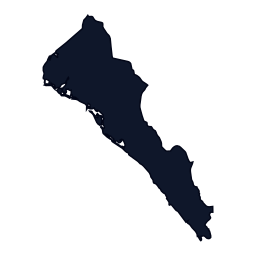 the border of Sinaloa
{"feature_id": "MEX-2711", "entity_name": "Sinaloa", "entity_type": "State", "adm_level": 1, "iso_a3": "MEX", "parent_name": "Mexico", "parent_adm1": "", "projection": "robinson", "projection_center": [-107.612, 24.763], "detail": "fine", "context": "isolated", "style": "filled", "palette": "ink", "viewbox_px": 256, "rotation_deg": 0, "n_neighbors": 0, "source": "natural_earth", "source_scale": "10m", "svg_char_len": 5704}
<svg xmlns="http://www.w3.org/2000/svg" viewBox="0 0 256 256"><path d="M198.8,237.7L199.2,237.5L198.5,236.1L198.1,235.9L197.7,236.5L197.4,236.5L197.0,233.8L195.6,231.4L192.2,227.8L190.3,225.2L189.6,224.4L187.9,223.3L187.1,222.4L187.0,222.1L187.9,220.8L186.8,221.2L185.9,222.1L177.9,211.3L176.3,210.5L175.5,209.7L171.6,204.9L170.9,204.4L169.6,205.1L169.1,204.8L169.1,202.6L168.9,201.9L167.4,199.5L166.7,198.8L166.6,198.5L167.1,198.1L167.1,197.8L165.2,194.0L164.7,193.4L163.9,193.2L163.1,192.6L161.4,191.0L160.2,188.7L159.2,188.1L157.6,185.7L156.4,184.3L155.6,183.7L153.8,183.0L153.4,182.1L153.0,179.8L151.0,177.1L150.5,175.0L149.3,172.6L143.6,166.1L141.6,164.4L140.2,163.7L138.0,161.4L129.3,155.1L128.8,154.6L128.7,153.4L128.2,152.9L126.5,152.1L125.0,150.9L122.4,148.3L112.7,141.9L111.9,141.1L111.6,140.2L111.8,139.7L112.0,139.7L112.8,140.4L112.9,141.3L116.6,143.4L122.4,147.4L124.3,148.4L121.9,146.7L122.1,146.3L122.9,146.6L124.3,147.7L124.5,147.1L123.9,147.1L125.1,145.7L125.1,144.7L124.9,144.1L123.4,140.3L122.9,139.7L121.5,139.3L120.3,139.8L119.9,140.4L120.5,140.5L121.6,140.1L121.9,140.4L121.8,140.8L120.2,142.4L119.0,142.8L118.2,142.3L117.6,141.3L116.8,140.7L115.6,141.4L115.0,141.2L113.9,140.0L113.6,138.7L112.5,138.1L110.8,136.2L110.2,136.0L109.6,136.4L107.9,134.8L106.9,134.3L105.9,134.1L106.1,134.6L108.3,136.9L110.8,138.6L111.3,139.4L110.2,139.1L107.1,137.0L103.4,133.6L103.0,132.9L102.5,129.6L101.6,128.0L101.0,127.6L100.7,126.9L100.9,126.7L101.7,126.9L103.5,128.3L104.1,128.3L104.4,127.2L104.2,126.4L103.8,125.5L102.7,124.4L103.2,123.9L103.1,120.6L103.9,118.7L103.4,118.0L101.7,116.5L101.2,116.4L101.2,117.3L101.9,120.5L101.5,124.3L101.4,124.9L101.2,125.1L100.7,125.0L100.0,124.4L99.6,125.1L98.0,124.0L96.7,122.2L93.5,115.1L92.5,113.7L91.0,112.4L89.8,111.6L89.5,111.1L91.4,111.3L92.1,111.8L92.4,112.6L95.0,115.8L95.6,117.4L96.4,117.1L97.4,117.7L97.8,117.6L97.9,116.2L97.7,115.5L96.8,115.7L96.4,115.4L96.9,114.2L97.5,113.6L98.8,115.2L99.5,115.5L101.3,115.8L102.7,116.4L103.1,116.0L103.1,114.9L98.8,110.8L98.3,110.5L97.6,110.4L97.9,110.8L97.9,111.1L97.0,111.4L96.0,110.9L95.3,110.1L94.1,108.0L93.6,108.1L92.7,108.7L92.1,108.4L91.6,108.8L90.5,108.8L89.3,108.6L88.6,108.2L88.4,106.4L90.1,107.4L90.0,105.4L89.9,104.7L89.5,104.2L88.2,103.4L87.1,108.6L86.6,109.4L86.7,106.0L86.3,105.1L85.1,103.8L80.1,101.5L77.6,99.8L75.9,99.3L72.7,99.0L73.7,98.3L75.4,98.4L78.4,99.4L77.4,98.9L75.8,97.4L74.6,97.1L72.3,97.8L71.3,97.9L70.7,97.1L72.4,97.1L72.8,96.7L72.1,95.5L72.1,94.8L71.7,94.7L70.7,95.4L71.2,93.2L71.2,90.2L70.1,90.4L68.7,89.7L68.5,89.1L68.3,89.0L67.4,89.4L66.1,89.1L65.8,89.2L65.8,90.0L66.4,91.2L66.3,92.3L65.7,93.2L65.0,93.7L64.4,93.8L63.9,93.4L63.5,92.7L64.0,92.7L64.1,92.4L63.5,91.9L61.4,92.1L60.8,92.5L60.7,93.0L61.2,93.7L60.0,93.8L58.7,92.9L56.7,90.4L57.8,89.7L58.6,88.2L59.1,88.0L60.5,88.6L61.3,88.3L61.6,88.8L61.8,89.7L62.3,90.0L62.7,89.0L62.7,88.0L63.2,87.7L65.4,85.4L65.8,84.7L65.9,83.7L66.4,83.5L66.5,83.1L66.4,81.6L66.8,80.6L68.5,79.1L68.7,78.0L68.3,77.3L67.8,77.9L65.7,82.4L65.0,83.0L62.0,84.2L61.1,84.9L59.8,87.0L58.9,87.7L57.8,87.4L56.8,88.0L56.0,88.1L55.5,87.5L54.4,84.9L52.2,83.9L51.1,83.1L50.9,83.3L51.3,84.4L54.4,87.4L55.1,88.4L55.0,89.4L54.0,88.4L52.0,85.9L50.5,85.4L45.9,85.5L44.4,85.0L45.4,84.3L46.5,83.9L47.8,84.0L49.0,84.4L49.0,82.7L49.6,81.9L48.9,80.7L48.1,80.1L46.5,79.3L45.8,79.4L45.3,79.7L45.0,80.3L45.0,83.1L44.8,83.4L44.4,82.7L44.7,80.6L44.6,79.5L44.3,79.0L43.4,78.7L43.2,77.9L43.8,75.0L44.1,74.5L44.1,72.9L43.3,70.6L43.3,67.5L43.5,66.7L45.0,64.1L47.3,61.2L47.9,59.3L49.4,56.3L49.8,56.1L49.6,56.8L49.6,57.8L49.3,59.4L49.5,59.9L49.9,60.0L50.4,59.0L50.7,57.6L52.0,55.0L55.1,52.8L55.1,53.6L54.7,54.3L54.2,54.7L54.2,55.0L55.1,55.4L57.0,57.3L57.6,57.3L57.7,56.8L57.1,55.7L57.1,55.0L58.2,54.3L57.9,53.7L56.8,53.7L55.8,51.7L56.2,50.8L65.7,43.2L82.2,28.8L82.5,28.1L82.6,25.0L83.9,20.1L86.0,17.9L87.8,15.4L88.3,16.3L89.2,16.6L91.3,16.5L92.1,16.6L92.8,17.1L93.7,18.7L95.1,20.5L97.2,21.5L101.5,22.5L102.5,23.0L102.8,24.1L102.7,26.6L103.4,28.2L106.9,33.5L108.7,35.3L109.4,36.3L110.2,38.6L111.0,47.1L112.0,55.9L112.3,57.3L112.6,58.0L113.4,58.3L127.7,61.5L128.9,61.9L129.9,62.6L130.7,63.7L131.9,69.5L133.3,70.3L133.6,70.8L134.2,74.2L134.4,74.5L136.6,75.4L138.7,76.9L139.7,77.9L141.9,81.0L142.7,81.7L146.5,84.2L147.7,85.2L145.7,87.6L144.7,89.6L142.5,92.1L141.6,93.8L141.0,96.0L139.8,104.9L139.8,107.2L140.3,109.4L142.0,115.6L143.6,120.4L144.0,121.1L144.6,121.5L146.7,122.4L147.0,123.0L147.1,124.9L147.5,125.7L147.9,126.2L149.3,126.6L151.2,126.7L151.7,127.2L153.1,129.5L155.3,130.9L156.1,132.5L156.7,134.3L157.7,135.9L159.2,137.6L161.0,141.7L161.4,143.3L161.5,145.9L161.6,146.6L162.0,147.2L165.0,150.2L166.4,151.2L167.1,151.2L170.1,151.1L170.7,150.8L172.7,148.1L174.1,146.9L175.5,146.1L177.1,145.8L179.3,146.4L180.6,147.4L184.8,151.4L185.6,152.4L188.0,159.2L189.2,161.6L190.0,162.4L190.8,162.6L192.8,162.0L192.4,163.6L190.6,168.1L190.3,169.9L190.4,171.9L191.4,179.1L191.6,179.9L192.8,182.3L193.3,184.5L193.7,185.6L195.0,186.6L196.9,187.0L197.2,188.1L198.6,190.1L199.1,191.2L198.7,192.5L199.4,193.2L199.5,193.7L199.2,195.4L200.1,197.1L200.2,199.4L200.7,200.1L202.5,201.5L203.0,202.7L206.0,205.9L207.5,206.7L209.2,206.9L212.7,206.5L212.8,212.2L210.9,212.2L210.2,212.7L209.4,214.5L209.4,215.1L210.5,217.5L210.5,218.0L209.6,219.3L207.3,221.2L205.9,223.0L205.2,224.0L205.0,225.0L205.3,225.8L206.7,227.0L207.5,228.5L208.8,229.2L208.6,230.5L209.4,230.9L209.8,232.1L210.7,235.7L210.7,237.4L209.7,238.4L208.3,238.6L206.9,238.2L204.4,236.0L203.5,235.8L200.8,236.4L201.5,239.1L201.4,240.0L200.8,240.6L200.0,239.8L198.8,237.7ZM65.6,94.7L69.1,96.0L69.9,97.3L70.4,97.7L69.7,98.2L66.8,96.6L65.0,95.8L61.7,95.7L61.2,95.4L60.9,94.7L65.6,94.7Z" fill="#0f172a" stroke="#020617" stroke-width="1.5"/></svg>